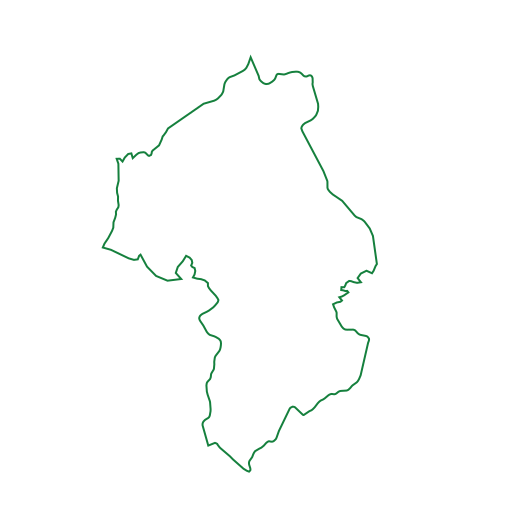 outline of Roi Et, rotated 141°
{"feature_id": "THA-442", "entity_name": "Roi Et", "entity_type": "Province", "adm_level": 1, "iso_a3": "THA", "parent_name": "Thailand", "parent_adm1": "", "projection": "mercator", "projection_center": [103.855, 15.941], "detail": "fine", "context": "isolated", "style": "outline", "palette": "green", "viewbox_px": 512, "rotation_deg": 141, "n_neighbors": 0, "source": "natural_earth", "source_scale": "10m", "svg_char_len": 4732}
<svg xmlns="http://www.w3.org/2000/svg" viewBox="0 0 512 512"><g transform="rotate(141 256 256)"><path d="M268.3,93.9L269.4,94.1L270.4,94.5L274.6,97.5L275.4,98.0L276.4,98.4L277.6,98.6L280.1,98.6L281.2,98.8L282.2,99.3L282.9,100.0L283.5,100.7L284.3,101.4L285.3,101.8L286.4,102.1L287.7,102.2L292.3,102.1L294.2,102.3L296.5,102.9L298.3,103.0L300.7,102.7L305.6,101.5L308.1,101.2L309.9,101.2L312.1,101.8L319.0,102.4L319.3,102.7L319.5,103.1L320.9,113.9L321.5,115.0L322.4,115.9L324.8,116.4L326.0,116.1L348.3,105.6L354.5,101.8L355.9,101.2L357.2,101.1L358.4,101.0L359.6,101.2L360.4,101.6L361.1,102.2L362.5,103.9L363.9,104.3L365.8,104.3L369.3,103.7L372.5,103.7L374.7,104.2L379.5,104.9L381.3,104.4L383.0,103.6L384.7,102.6L385.6,102.1L389.9,100.9L390.8,100.4L391.6,99.7L392.2,98.9L392.7,98.0L393.9,94.9L394.4,94.0L395.0,93.2L396.0,92.9L397.1,92.8L398.3,94.9L399.6,98.6L401.9,112.4L402.3,116.7L404.6,129.2L404.7,130.5L404.6,133.2L404.4,134.4L404.9,135.6L405.5,136.6L412.4,138.7L404.1,158.0L403.5,158.8L402.8,159.5L402.0,160.0L401.0,160.4L399.7,160.6L398.6,160.7L395.0,160.2L393.9,160.3L393.0,160.7L392.2,161.2L389.0,164.0L387.7,165.5L383.7,171.3L383.2,172.3L380.8,178.8L379.5,181.6L376.0,186.6L374.5,188.0L373.7,188.5L372.6,188.8L369.1,189.3L367.7,190.1L367.2,190.5L365.9,191.8L365.2,192.5L364.2,193.0L360.3,194.4L359.5,195.0L356.6,198.0L355.4,199.6L354.8,200.3L351.9,203.0L351.0,203.5L350.0,203.9L344.5,205.2L343.5,205.6L342.6,206.1L341.0,207.3L339.5,208.7L338.2,210.1L337.1,211.9L336.9,213.3L337.0,215.1L338.2,218.3L339.0,219.9L341.5,223.7L341.8,224.7L342.0,226.1L342.0,228.0L340.7,235.1L340.3,240.2L340.0,241.9L339.6,242.8L339.2,243.5L338.4,244.1L337.4,244.6L336.3,244.8L335.1,244.8L333.9,244.7L329.3,243.6L326.8,243.2L321.5,243.0L319.0,243.3L315.0,244.1L313.6,244.9L312.9,245.5L312.5,247.4L312.3,250.5L312.8,257.7L312.7,260.8L312.3,262.8L311.8,263.5L310.4,265.2L311.2,269.3L313.3,272.6L316.0,275.4L318.5,279.0L315.4,280.3L312.6,282.6L311.3,285.3L312.4,287.5L312.4,289.4L309.8,290.8L308.5,293.3L308.6,296.5L310.2,300.1L316.2,298.0L323.7,296.7L329.0,293.3L328.6,285.2L340.3,292.5L346.2,303.4L347.4,316.3L344.9,329.7L346.7,329.7L350.0,327.8L353.3,329.8L356.4,334.3L364.9,352.2L369.7,359.0L365.9,361.0L359.6,362.9L352.1,366.1L349.1,367.8L345.5,371.9L341.4,374.3L338.6,376.4L337.0,378.6L334.9,379.7L333.5,380.1L332.2,380.6L330.7,382.0L328.5,385.8L325.8,389.0L324.2,392.5L321.5,396.2L315.4,400.9L304.9,414.3L303.1,419.2L300.6,417.3L300.3,413.4L296.0,415.1L291.1,415.7L288.3,414.2L290.2,409.6L285.2,410.0L282.5,409.9L280.6,409.1L277.9,407.3L277.0,405.9L276.6,402.1L276.1,401.1L274.0,400.6L272.6,401.4L271.4,402.5L270.0,403.0L261.7,403.0L256.1,405.8L253.2,407.7L252.2,407.8L248.0,408.9L244.1,410.5L200.9,407.3L190.7,403.0L188.4,402.5L186.5,402.4L181.6,403.0L180.6,403.3L178.7,404.1L177.8,404.6L172.5,409.3L171.4,410.0L169.9,410.7L167.1,411.5L165.2,411.7L163.8,411.5L159.1,409.9L149.9,408.1L147.6,407.9L146.2,408.1L145.1,408.3L141.2,410.0L135.1,413.8L140.6,394.3L142.0,391.5L142.1,391.1L142.2,390.0L142.1,388.4L141.5,385.7L140.8,384.4L140.0,383.3L138.3,382.2L137.3,381.8L136.1,381.6L133.6,381.3L131.1,381.4L129.9,381.7L129.0,382.1L126.4,383.6L125.5,383.9L124.4,383.7L123.7,383.2L120.2,379.6L119.4,379.1L117.3,378.3L116.2,378.0L114.1,377.2L112.2,376.3L108.8,374.0L107.4,372.7L106.8,371.8L106.3,370.9L106.0,369.8L105.8,368.7L105.7,367.5L105.6,366.3L105.3,365.3L104.6,364.4L103.9,363.8L102.9,363.4L101.8,363.2L100.8,362.8L100.1,362.2L99.6,361.3L99.6,360.1L100.1,358.6L102.7,355.2L103.9,354.1L104.9,352.3L112.0,335.2L113.8,332.7L116.5,329.9L120.1,327.9L121.1,327.5L123.2,327.1L125.8,326.8L128.2,327.0L134.2,328.4L136.7,328.4L137.8,328.1L138.8,327.8L139.7,327.3L140.5,326.6L141.5,323.7L150.2,279.5L153.3,269.6L153.8,268.7L157.5,264.1L158.0,263.0L158.2,261.3L158.2,259.2L157.6,255.5L154.3,244.6L153.9,225.3L153.5,223.1L151.0,218.6L150.6,217.6L150.1,215.4L150.0,214.1L150.3,205.8L152.5,198.0L167.1,173.7L169.5,172.9L173.9,170.5L176.7,169.6L179.4,175.0L185.6,176.4L190.9,174.9L191.0,169.6L194.3,171.5L196.5,174.2L198.0,176.7L199.3,178.0L202.9,178.2L205.2,176.9L207.0,176.2L209.2,178.0L211.2,175.9L209.8,174.4L208.5,172.4L207.1,171.5L207.1,169.6L212.4,170.0L214.8,170.5L217.2,171.5L217.2,167.3L219.2,167.3L222.4,169.0L226.5,170.0L227.6,166.9L228.6,162.3L229.0,161.3L229.1,161.1L231.0,158.8L231.6,158.0L232.1,157.0L232.5,156.0L233.8,147.2L233.7,144.8L233.4,143.8L233.1,143.1L232.8,142.6L231.6,141.4L226.9,137.7L226.3,136.9L225.8,135.9L225.7,134.8L225.6,133.7L225.6,132.5L225.4,131.3L225.1,130.2L224.6,129.2L223.4,127.7L222.8,127.0L220.9,124.7L220.3,123.7L220.1,122.5L220.2,120.7L220.9,119.7L221.8,119.0L223.5,118.0L249.8,97.4L253.4,95.5L255.5,94.7L257.2,94.4L262.3,94.7L263.5,94.6L265.8,94.1L268.3,93.9Z" fill="none" stroke="#15803d" stroke-width="2"/></g></svg>